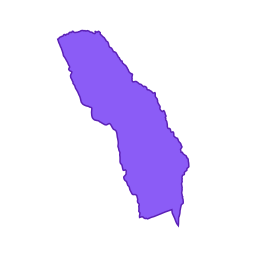 the district of Pandi, Cundinamarca, Colombia, rotated 350°
{"feature_id": "7082276B83110653557136", "entity_name": "Pandi", "entity_type": "district", "adm_level": 2, "iso_a3": "COL", "parent_name": "Colombia", "parent_adm1": "Cundinamarca", "projection": "equal_earth", "projection_center": [-74.479, 4.177], "detail": "fine", "context": "isolated", "style": "filled", "palette": "violet", "viewbox_px": 256, "rotation_deg": 350, "n_neighbors": 0, "source": "geoboundaries", "source_scale": "gbopen_adm2", "svg_char_len": 5839}
<svg xmlns="http://www.w3.org/2000/svg" viewBox="0 0 256 256"><g transform="rotate(350 128 128)"><path d="M160.6,232.9L161.1,231.1L162.2,225.6L162.7,224.3L163.1,223.8L164.1,221.5L164.6,219.8L164.9,218.4L165.5,217.0L165.8,216.1L167.1,213.0L167.4,212.8L168.5,212.0L169.1,211.8L169.4,211.2L169.6,210.0L169.8,207.7L169.7,207.1L169.5,206.7L169.5,206.0L169.9,205.5L169.9,204.9L169.7,204.6L169.6,203.7L169.7,202.7L169.5,201.4L170.6,198.2L170.6,197.4L171.0,196.0L171.0,192.5L171.1,191.9L172.0,190.3L172.1,189.9L172.1,188.8L172.6,187.2L172.5,186.4L172.7,185.7L173.3,184.3L173.5,184.1L175.3,183.6L175.6,183.0L175.6,182.4L175.8,181.5L177.1,180.6L178.5,180.0L178.6,179.8L178.7,179.1L179.2,178.0L181.0,176.9L181.3,176.3L181.4,174.9L181.6,174.0L181.6,173.0L181.7,172.2L181.6,171.6L181.6,171.2L181.8,170.0L181.7,168.8L181.6,168.4L181.3,167.9L180.8,167.7L180.6,167.3L180.6,167.1L180.7,166.5L180.5,165.7L180.2,165.3L179.2,164.5L177.9,163.1L177.7,162.6L177.5,162.3L177.5,162.0L177.3,161.4L177.1,161.3L176.6,161.4L176.2,161.3L176.0,161.0L176.1,160.2L176.0,159.6L176.0,158.7L176.0,158.2L176.9,157.1L177.4,156.7L177.8,156.1L177.9,155.9L177.8,155.5L177.4,154.3L177.3,153.9L177.4,153.3L177.0,152.2L176.6,151.4L176.1,150.9L175.4,149.2L175.3,148.1L175.1,147.8L175.0,146.8L173.9,146.2L173.2,145.6L172.8,145.1L172.3,144.8L171.9,144.1L171.8,143.5L171.9,143.2L172.1,140.9L172.0,140.2L171.8,139.8L171.5,139.6L170.6,139.7L170.0,139.6L169.6,139.1L169.5,137.9L169.5,137.0L169.3,136.2L168.7,135.6L167.8,135.6L167.4,135.4L167.2,134.9L167.0,133.7L167.0,133.2L167.2,132.1L167.3,131.3L167.3,128.6L167.1,127.7L166.5,126.5L166.9,124.9L166.6,124.3L166.6,123.9L166.9,123.6L167.4,123.1L167.6,122.8L167.3,122.2L167.3,121.6L167.1,121.3L167.0,119.5L166.9,118.6L166.3,117.1L165.6,117.2L165.0,117.8L164.7,117.8L164.4,117.6L163.9,117.1L163.1,115.8L162.8,114.6L162.8,113.7L163.2,113.2L163.3,112.9L163.2,111.9L162.9,111.3L161.9,108.6L161.6,107.2L161.8,106.9L161.9,106.2L161.7,104.2L160.8,102.8L160.5,102.1L160.4,101.5L160.5,100.4L160.8,98.9L160.8,98.5L160.7,98.0L160.6,97.8L160.4,97.8L159.7,98.0L158.9,98.0L158.6,97.8L158.3,97.5L157.9,96.7L157.5,96.1L156.3,95.1L155.4,94.2L154.8,94.1L154.2,93.7L153.7,93.7L153.5,93.3L153.3,91.4L153.0,90.9L152.1,90.1L151.7,89.9L151.4,89.8L150.6,90.0L149.3,88.5L148.8,87.7L148.5,87.4L147.9,87.0L147.0,86.8L145.5,84.9L144.3,83.7L143.3,83.4L141.9,83.5L141.2,83.5L140.9,83.4L140.6,83.0L140.4,82.8L140.3,82.2L140.4,80.7L140.7,79.8L140.7,78.6L141.6,76.4L141.7,76.0L141.5,75.6L141.1,75.1L140.6,75.2L140.4,75.1L139.0,73.3L138.6,72.4L138.3,70.8L137.7,69.2L137.6,68.6L136.6,66.2L135.9,65.4L135.5,65.1L135.1,64.7L134.8,64.1L134.3,63.5L133.9,63.0L133.8,62.7L133.8,61.1L133.7,61.0L132.6,60.6L132.4,59.7L131.9,58.9L131.7,58.0L131.7,57.7L131.6,57.4L130.8,56.5L130.4,55.1L129.3,52.0L129.1,51.6L128.8,51.4L128.5,51.3L128.1,50.7L127.3,50.5L126.8,50.2L126.7,49.4L125.8,46.8L125.1,46.0L124.0,45.3L123.8,44.9L123.5,43.7L123.4,42.2L123.4,41.5L123.1,40.0L122.7,39.4L122.0,38.8L121.8,38.6L121.4,38.0L121.3,37.1L120.6,35.9L120.4,35.1L119.2,33.8L118.5,32.9L118.2,32.2L117.5,31.5L117.0,30.8L117.0,30.4L117.2,29.7L117.2,29.2L116.7,28.6L116.4,28.3L115.9,27.7L115.2,27.8L114.7,28.2L114.2,28.2L113.4,27.9L112.8,27.3L112.5,27.2L112.4,27.3L112.3,27.5L112.5,28.1L112.4,28.7L111.9,29.2L111.3,29.2L110.3,28.7L109.2,27.5L108.9,27.3L108.0,27.2L107.5,27.0L106.5,25.9L105.1,25.1L103.3,25.2L102.5,24.6L101.5,24.7L100.9,24.3L99.9,24.0L98.7,24.0L97.1,24.6L95.8,24.7L95.1,24.9L94.3,24.9L93.9,24.8L92.3,24.8L91.4,24.3L90.6,23.2L90.0,23.1L89.8,23.2L89.4,23.8L89.0,24.0L88.4,24.1L87.7,23.6L87.2,23.7L86.2,24.3L85.7,25.0L85.2,25.1L84.4,24.9L83.7,25.0L82.9,25.7L82.5,25.7L82.0,25.0L81.3,24.9L80.5,25.4L79.8,26.2L79.5,26.3L78.2,26.3L77.9,26.6L77.0,26.7L76.1,27.1L75.2,28.1L74.9,28.2L74.2,28.3L74.2,28.8L74.4,29.5L74.7,31.9L75.0,33.0L75.2,33.7L75.5,35.3L75.7,36.4L76.2,37.7L76.3,39.0L76.6,40.3L76.9,42.7L77.0,45.1L77.0,45.6L77.2,46.1L77.9,47.4L78.6,49.2L79.3,51.4L79.7,52.2L79.9,53.0L80.4,55.4L81.1,57.0L81.1,57.8L81.0,58.2L80.4,58.7L80.0,59.4L79.8,59.9L79.9,60.3L80.3,61.1L80.6,61.5L82.0,62.5L82.4,63.0L82.1,64.0L80.9,65.6L80.4,66.7L80.4,68.5L81.2,70.8L81.2,71.4L81.8,73.0L81.6,74.5L82.5,76.2L82.9,77.2L83.0,77.8L83.2,79.6L84.1,81.9L84.8,83.9L85.5,87.0L85.9,88.2L86.2,90.0L86.4,93.6L86.5,94.5L86.8,95.1L87.6,96.6L88.9,97.8L90.8,99.0L92.8,99.8L93.8,100.7L95.3,101.4L95.8,102.1L95.6,103.2L94.8,106.2L94.6,108.2L94.5,109.8L94.7,111.6L94.9,112.1L95.5,113.2L96.4,114.2L98.6,115.2L100.3,115.8L101.2,117.0L102.2,117.6L102.7,118.2L105.6,120.6L106.4,121.0L107.4,121.2L109.9,120.4L110.5,120.4L110.9,120.7L111.5,121.6L111.8,122.3L112.7,125.0L113.3,126.4L113.6,126.8L114.7,127.6L115.4,128.3L115.7,128.9L115.9,129.5L116.0,130.2L116.1,131.6L115.9,135.1L116.0,137.1L116.0,139.4L115.8,141.3L115.1,143.7L114.9,144.5L115.2,146.3L115.2,148.2L115.8,150.7L115.7,151.2L115.2,153.0L115.1,155.2L114.8,157.1L114.3,159.8L114.3,160.3L114.5,161.6L115.1,162.5L115.6,163.6L115.7,166.4L115.7,167.1L115.8,168.0L116.0,168.8L116.5,169.0L116.9,169.0L118.0,168.7L118.7,169.5L118.8,170.0L118.3,172.0L118.2,172.8L118.2,173.0L117.2,174.0L116.5,174.6L116.2,174.7L115.4,175.4L115.2,176.2L115.3,177.3L115.4,177.9L115.7,178.7L116.2,179.4L117.2,180.5L117.4,181.2L117.4,181.9L117.6,182.4L117.7,183.8L117.9,184.5L118.7,185.6L119.0,186.6L119.1,188.9L119.3,189.7L120.4,193.2L120.7,193.8L121.2,194.3L121.7,194.5L123.2,194.7L123.8,194.9L124.8,195.8L124.9,196.5L125.2,199.9L124.6,201.6L124.6,202.8L124.8,203.3L125.7,204.8L125.7,205.8L125.0,206.8L125.0,207.8L124.7,209.9L124.2,211.7L124.2,212.1L124.9,213.3L124.9,214.2L124.0,216.7L123.9,218.1L125.9,217.8L126.6,218.0L127.1,218.0L127.3,218.2L127.7,219.0L128.9,220.0L129.4,220.2L130.2,220.1L131.2,220.7L131.6,220.9L135.5,220.0L138.3,219.7L150.3,217.1L157.0,216.0L156.8,219.3L156.9,219.8L158.3,225.2L158.8,228.0L159.4,230.4L159.9,231.6L160.6,232.9Z" fill="#8b5cf6" stroke="#5b21b6" stroke-width="1.5"/></g></svg>